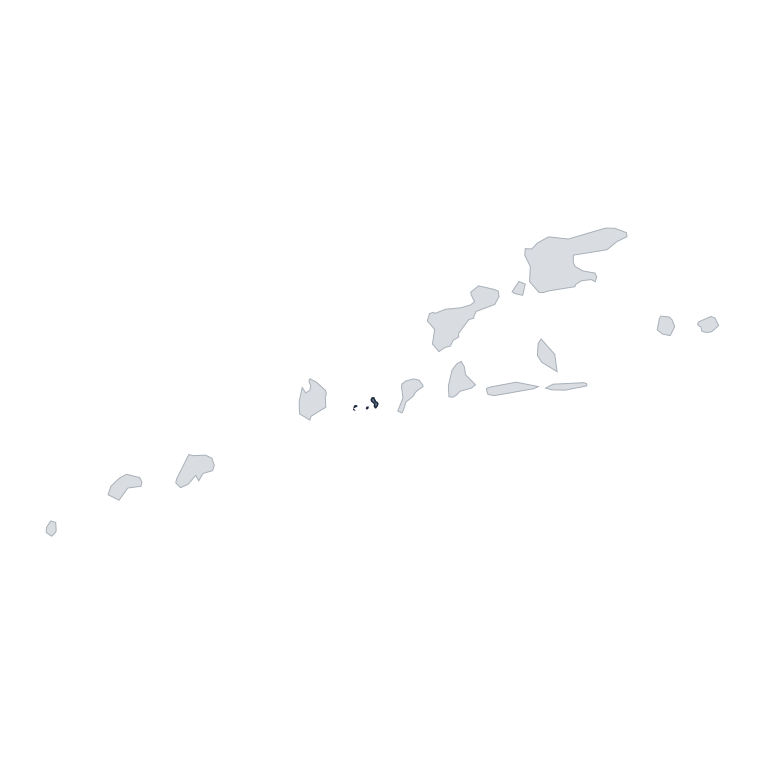 Makimae, Shefa, Vanuatu (highlighted), rotated 92°
{"feature_id": "77236927B14255204108964", "entity_name": "Makimae", "entity_type": "district", "adm_level": 2, "iso_a3": "VUT", "parent_name": "Vanuatu", "parent_adm1": "Shefa", "projection": "orthographic", "projection_center": [168.399, -17.15], "detail": "fine", "context": "in_parent", "style": "filled", "palette": "slate", "viewbox_px": 768, "rotation_deg": 92, "n_neighbors": 0, "source": "geoboundaries", "source_scale": "gbopen_adm2", "svg_char_len": 4698}
<svg xmlns="http://www.w3.org/2000/svg" viewBox="0 0 768 768"><g transform="rotate(92 384 384)"><path d="M242.0,165.7L248.6,199.2L255.9,199.1L259.7,197.3L264.0,189.4L265.8,177.0L269.7,175.2L274.5,176.5L272.4,180.4L273.9,190.3L277.7,195.8L280.1,196.7L285.2,222.6L287.1,228.0L287.0,232.3L276.7,242.1L261.3,241.9L250.5,247.8L243.8,247.5L243.9,240.9L237.9,235.8L231.2,224.7L232.7,204.9L220.5,168.2L220.3,159.0L224.3,147.0L228.3,146.4L233.7,156.4L242.0,165.7ZM308.2,294.3L312.7,296.5L315.1,296.5L316.6,301.4L330.7,311.2L334.5,311.0L337.8,316.3L343.8,319.1L345.4,324.6L349.7,330.2L342.3,337.0L327.8,335.2L319.5,342.9L312.0,341.0L310.7,337.0L311.7,335.6L307.2,325.3L305.1,309.6L302.0,300.3L298.7,296.4L291.9,299.9L289.2,300.5L282.6,292.9L285.6,277.4L287.2,273.0L292.5,272.1L300.6,276.1L308.2,294.3ZM494.7,583.7L490.2,588.6L486.4,588.1L461.3,576.6L462.3,571.9L461.3,560.0L464.1,553.5L471.1,550.8L476.5,552.2L479.7,561.8L487.2,565.7L481.9,569.0L491.1,576.3L494.7,583.7ZM409.2,441.3L418.8,455.8L422.7,456.9L416.8,467.3L404.7,468.2L390.4,465.6L395.6,462.0L392.9,457.9L388.6,457.1L383.6,459.1L381.3,458.4L384.5,451.7L392.4,442.3L394.8,441.5L396.9,441.4L399.0,442.3L409.2,441.3ZM394.6,318.6L383.5,319.6L367.8,316.5L361.5,312.1L358.7,307.6L364.1,304.3L371.9,302.8L381.6,292.6L385.0,296.5L388.7,307.9L392.6,311.3L394.8,314.7L394.6,318.6ZM509.4,644.8L504.3,655.9L495.6,653.3L487.4,645.2L483.2,638.2L486.1,624.9L490.3,622.5L494.7,623.3L496.9,636.4L509.4,644.8ZM386.4,281.3L384.8,281.4L383.1,276.8L377.6,251.9L381.2,229.6L383.5,234.3L391.8,273.4L390.7,279.8L386.4,281.3ZM409.3,363.6L412.2,365.1L410.6,369.3L397.2,364.5L386.5,366.4L383.4,366.1L380.2,362.3L377.9,354.6L378.9,349.1L383.5,345.4L385.2,344.8L388.5,349.4L391.6,352.6L394.6,353.9L401.4,361.5L409.3,363.6ZM356.8,227.0L350.2,231.7L338.1,231.3L333.5,228.6L348.4,214.4L365.7,211.4L356.8,227.0ZM324.3,107.6L320.3,112.8L309.1,111.1L306.5,109.8L307.1,101.2L309.9,98.3L316.6,95.5L325.7,99.7L324.3,107.6ZM314.7,71.7L313.3,72.7L311.0,71.9L305.1,59.6L306.6,55.5L313.9,51.6L320.4,58.4L321.1,62.2L321.0,65.4L320.1,68.2L315.7,69.4L314.7,71.7ZM384.0,216.0L382.4,222.3L378.3,215.0L375.7,184.3L376.7,181.4L378.8,181.2L383.8,202.6L384.0,216.0ZM547.7,710.8L544.3,716.4L539.1,716.3L532.5,712.3L533.8,707.3L541.3,706.5L543.5,706.9L547.7,710.8ZM289.0,256.6L287.3,259.2L276.8,252.7L279.2,246.3L290.5,248.5L289.0,256.6Z" fill="#d9dde1" stroke="#a8b0b8" stroke-width="1"/><path d="M406.7,392.7L406.9,392.6L407.1,392.5L407.1,392.4L407.3,392.3L407.5,392.2L407.8,391.9L408.0,391.8L408.0,391.7L408.0,391.4L407.9,391.3L407.7,391.2L407.4,391.0L407.2,390.9L406.9,390.7L406.6,390.5L406.5,390.4L406.4,390.3L406.3,390.2L406.1,390.1L405.9,390.0L405.6,389.9L405.4,389.8L405.1,389.7L404.8,389.6L404.6,389.6L404.1,389.6L403.9,389.5L403.7,389.6L403.4,389.8L403.2,389.9L403.1,390.0L402.9,390.1L402.8,390.3L402.7,390.4L402.6,390.6L402.4,390.8L402.4,391.1L402.4,391.3L402.3,391.5L402.2,391.5L401.9,391.9L401.6,392.1L401.4,392.2L401.3,392.3L401.2,392.4L400.9,392.4L400.8,392.5L400.7,392.5L400.6,392.4L400.5,392.5L400.4,392.6L400.2,392.7L400.1,392.8L399.9,392.9L399.8,393.0L399.9,393.3L399.8,393.2L399.7,393.2L399.5,393.3L399.4,393.3L399.2,393.4L398.9,393.4L398.8,393.5L398.7,393.5L398.4,393.7L398.3,393.8L398.2,393.8L398.2,394.0L398.2,394.3L398.3,394.7L398.2,394.8L398.3,395.3L398.6,395.5L399.0,395.6L399.3,395.8L399.5,395.9L399.6,396.0L399.8,396.1L400.1,396.1L400.3,396.2L400.5,396.1L400.9,396.0L401.0,396.0L401.2,395.9L401.4,395.8L401.5,395.7L401.9,395.4L402.0,395.3L402.0,395.2L401.9,395.2L402.0,395.1L402.2,394.9L402.3,394.8L402.4,394.7L402.5,394.6L402.6,394.4L402.7,394.2L402.8,394.1L402.9,393.9L403.0,393.8L403.1,393.7L403.4,393.4L403.6,393.2L403.8,393.1L404.1,392.8L404.2,392.7L404.3,392.6L404.5,392.6L404.8,392.6L405.1,392.7L405.4,392.7L405.7,392.7L405.9,392.7L406.0,392.8L406.3,392.8L406.5,392.7L406.7,392.7ZM409.1,400.5L409.1,400.4L409.3,400.3L409.3,400.2L409.2,399.9L409.1,399.7L408.9,399.5L408.7,399.5L408.6,399.4L408.4,399.3L408.2,399.2L407.9,399.2L407.7,399.2L407.7,399.3L407.7,399.5L407.8,399.6L407.9,399.9L407.9,400.0L408.0,400.1L408.1,400.3L408.3,400.4L408.5,400.5L408.8,400.6L409.0,400.6L409.1,400.5ZM406.8,412.1L407.0,412.3L407.3,412.4L407.5,412.4L407.8,412.4L407.8,412.2L407.6,412.0L407.6,411.9L407.6,411.7L407.5,411.4L407.5,411.2L407.4,411.1L407.3,410.9L407.2,410.9L407.1,410.7L407.0,410.8L406.9,410.8L406.8,411.0L406.7,411.2L406.7,411.3L406.7,411.6L406.7,411.8L406.8,411.9L406.8,412.0L406.8,412.1ZM408.3,413.0L408.4,412.9L408.3,412.6L408.2,412.5L408.0,412.4L407.9,412.4L407.9,412.5L408.0,412.5L408.1,412.8L408.2,413.0L408.3,413.0L408.3,413.0ZM410.9,413.2L410.8,413.3L411.0,413.3L410.9,413.3L410.9,413.2L410.9,413.2Z" fill="#64748b" stroke="#1e293b" stroke-width="1.5"/></g></svg>